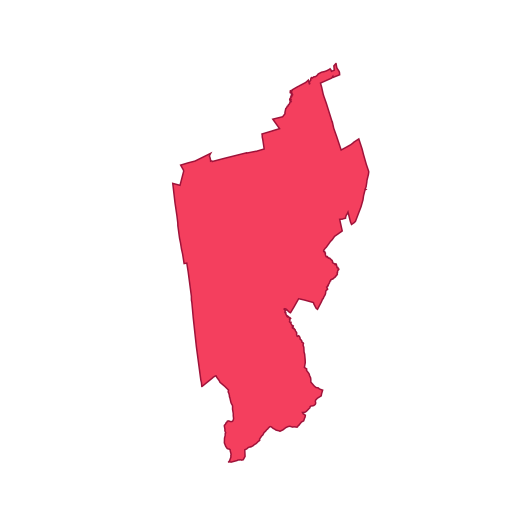 the district of Brusturi, Neamt, Romania, rotated 285°
{"feature_id": "2599482B56191304093915", "entity_name": "Brusturi", "entity_type": "district", "adm_level": 2, "iso_a3": "ROU", "parent_name": "Romania", "parent_adm1": "Neamt", "projection": "natural_earth1", "projection_center": [26.327, 47.289], "detail": "fine", "context": "isolated", "style": "filled", "palette": "rose", "viewbox_px": 512, "rotation_deg": 285, "n_neighbors": 0, "source": "geoboundaries", "source_scale": "gbopen_adm2", "svg_char_len": 6068}
<svg xmlns="http://www.w3.org/2000/svg" viewBox="0 0 512 512"><g transform="rotate(285 256 256)"><path d="M324.3,159.7L320.2,163.7L319.2,164.2L304.6,164.3L304.6,156.8L286.4,164.0L274.4,169.2L267.7,171.9L265.0,172.7L253.5,177.5L248.9,179.8L243.5,182.2L238.9,184.6L230.1,188.5L231.2,191.0L223.1,194.6L200.4,204.0L196.5,205.1L194.7,206.0L180.0,211.4L152.9,221.9L121.9,234.8L119.7,236.0L116.0,237.4L116.1,237.7L116.4,237.9L127.0,245.6L127.8,246.0L129.6,247.8L129.9,248.4L128.5,249.7L126.2,252.6L124.6,254.0L122.0,259.6L119.4,264.1L117.5,264.3L116.1,265.5L114.1,266.5L113.1,266.8L112.4,267.4L108.2,269.6L107.1,270.4L105.7,271.8L105.0,272.2L101.9,273.0L98.0,274.8L95.7,275.4L93.3,276.4L91.6,276.5L90.3,276.1L90.0,275.8L89.5,274.6L89.5,273.2L89.7,272.5L89.1,271.1L87.4,270.7L87.0,270.2L85.3,270.0L84.6,269.4L83.8,269.3L80.7,270.8L79.1,271.2L77.3,272.5L76.5,272.2L74.7,272.7L72.0,272.7L67.3,273.8L64.3,276.0L62.6,278.0L62.4,279.2L62.6,280.0L62.3,281.1L61.2,281.5L58.0,283.3L57.0,283.3L55.2,283.8L52.9,283.6L51.4,283.5L49.4,282.6L50.0,283.0L50.3,283.6L50.5,285.4L53.5,290.6L54.3,291.4L54.7,292.8L55.1,293.3L55.1,294.9L55.9,296.4L59.6,297.3L65.9,295.3L67.3,297.0L69.0,298.1L70.4,300.1L70.2,300.4L72.1,302.4L73.3,303.1L74.9,304.7L77.7,306.3L78.4,307.0L79.1,307.3L79.5,307.0L80.2,306.8L82.2,307.6L83.2,307.8L84.9,308.9L87.6,309.5L89.2,310.6L90.8,311.2L92.0,312.1L92.7,312.3L94.6,313.4L95.0,314.3L94.9,315.1L93.9,317.2L93.9,317.6L93.7,318.1L93.6,318.8L93.0,320.4L93.1,323.7L92.9,324.5L95.1,327.1L98.1,329.3L98.5,330.0L99.2,330.6L100.2,332.4L100.3,333.3L100.2,335.5L100.9,337.1L101.3,340.0L101.7,340.3L103.5,340.9L103.8,341.4L104.8,341.7L107.4,342.9L109.1,344.7L112.3,344.9L113.0,345.1L115.0,344.9L115.8,342.4L116.9,341.4L117.6,343.6L118.9,344.8L123.5,347.4L124.3,347.2L125.0,347.6L125.5,348.3L125.9,349.5L126.5,350.5L127.8,351.5L128.4,351.7L129.5,351.7L130.8,351.0L132.3,350.9L134.6,352.2L137.8,355.2L140.0,355.0L143.7,355.1L143.9,352.2L144.2,351.1L144.7,350.5L144.5,347.9L145.6,345.7L148.4,341.6L151.2,340.8L152.6,340.2L154.4,338.6L155.3,338.2L156.1,337.6L158.6,334.4L160.0,334.2L160.9,331.6L165.7,331.2L168.3,330.4L173.8,328.4L175.6,327.3L180.2,325.8L181.8,324.7L182.9,324.4L183.8,324.5L184.2,324.2L184.8,322.5L185.5,322.4L186.1,321.9L186.5,321.5L187.0,320.3L188.7,319.5L189.7,318.5L190.0,317.7L189.1,317.0L189.2,316.4L191.0,315.4L191.7,315.4L192.5,315.1L194.0,313.3L195.0,312.8L195.3,311.7L195.8,311.6L195.8,311.1L196.4,310.4L196.3,310.1L195.9,309.9L196.0,309.7L197.4,309.4L197.6,310.1L198.1,310.1L198.2,309.6L198.0,309.1L198.6,308.6L198.8,308.2L200.1,306.9L200.8,307.1L201.1,306.9L200.8,306.0L201.1,305.4L201.8,305.3L202.7,305.4L203.5,305.0L204.7,305.6L204.9,305.3L204.2,304.6L205.3,304.3L205.4,303.2L205.8,303.0L206.0,302.7L205.9,302.4L205.5,302.1L206.2,301.7L205.9,301.4L207.7,299.8L208.8,299.6L208.8,298.7L209.1,298.5L209.9,298.4L210.7,298.8L210.8,298.3L211.5,297.8L212.0,296.9L212.5,297.3L212.6,297.8L212.4,299.2L210.8,301.8L210.1,303.5L210.1,304.0L216.3,305.8L225.2,308.1L225.8,308.3L225.8,308.6L226.0,313.9L225.9,323.4L225.8,323.6L224.5,324.4L221.6,327.1L221.0,327.7L220.4,329.2L228.5,331.0L231.1,331.4L231.4,331.3L232.1,331.9L234.4,332.2L235.9,332.7L237.6,332.9L240.2,332.5L241.9,333.2L242.0,333.6L242.5,333.8L242.8,333.6L243.3,333.0L244.2,332.3L244.8,332.9L245.4,332.9L245.6,333.2L246.2,333.0L246.3,333.4L246.6,333.4L248.0,333.5L249.0,333.9L250.8,333.9L251.3,334.5L252.4,334.4L253.7,335.9L253.6,336.1L254.2,336.6L255.2,337.1L255.8,337.7L256.0,337.7L256.1,337.9L257.4,338.5L257.9,338.5L258.4,339.0L259.6,339.3L260.7,338.7L261.4,339.0L262.4,338.7L263.2,338.8L264.0,339.3L264.5,339.5L264.9,339.3L264.9,338.6L265.6,338.4L266.1,338.0L265.9,337.3L266.3,337.3L266.6,336.9L268.8,335.7L269.1,335.3L269.1,335.1L268.7,334.9L268.2,335.2L268.1,334.7L268.8,334.0L269.2,332.3L269.5,331.6L270.3,331.5L271.5,330.6L271.6,329.9L272.1,329.4L272.3,328.6L272.8,328.2L273.0,327.2L272.7,326.8L273.1,326.2L273.1,325.4L273.8,325.2L273.7,324.9L273.9,324.7L273.5,324.0L274.4,323.2L276.0,322.3L276.4,322.4L276.9,322.2L277.0,321.7L278.0,321.2L277.7,320.5L277.8,320.2L278.4,320.2L278.9,319.9L279.3,320.0L281.5,320.9L282.6,321.6L289.2,324.1L291.5,325.4L295.3,326.8L302.5,332.8L313.1,327.3L314.0,330.0L314.7,330.8L315.1,331.7L315.7,332.7L316.6,332.5L318.7,332.6L320.0,333.1L322.2,333.5L313.4,338.4L311.2,340.1L313.5,342.1L315.2,343.1L330.8,344.7L337.9,344.8L341.9,344.3L347.6,344.2L348.2,344.3L348.7,344.9L348.9,344.1L351.4,344.4L356.1,343.9L357.7,343.6L363.7,343.5L366.1,343.2L366.8,343.0L373.1,338.8L381.6,333.7L386.8,330.8L395.7,325.0L391.0,320.8L390.8,320.8L388.1,318.8L380.4,310.8L392.1,303.1L399.5,298.0L405.3,295.0L405.3,294.8L421.7,284.4L427.8,280.2L429.9,278.9L436.1,275.7L439.7,273.5L447.5,283.1L449.5,283.8L448.6,284.4L452.7,289.9L454.7,289.2L455.4,288.8L456.1,288.2L458.4,285.6L459.6,284.9L462.6,283.5L462.6,283.4L462.3,283.2L459.8,282.0L455.7,283.5L453.9,281.1L455.3,280.1L456.0,279.1L455.6,278.9L453.2,276.3L451.9,274.4L450.4,271.6L448.0,269.0L446.3,268.3L444.7,267.1L443.9,265.3L442.6,264.5L442.5,264.1L442.8,263.6L442.4,263.2L440.9,263.0L440.1,263.4L437.9,262.4L436.4,263.3L436.1,263.0L439.4,261.0L437.3,259.7L436.1,258.7L430.3,252.4L425.8,247.9L425.2,248.1L424.4,247.8L424.3,247.5L424.7,246.8L424.4,246.4L422.9,246.7L423.3,247.4L422.6,247.6L422.9,248.0L422.7,248.3L422.7,248.6L422.4,248.7L421.9,248.6L421.6,249.3L420.5,248.4L420.2,248.5L420.1,249.0L419.8,248.6L419.4,248.5L419.5,249.0L419.4,249.2L418.8,249.2L417.9,248.4L416.9,248.8L416.9,248.7L417.0,248.3L416.8,248.1L416.0,248.0L415.2,248.4L415.2,248.5L415.9,249.0L415.8,249.5L414.6,249.0L414.2,249.3L414.1,249.9L413.9,249.8L413.7,249.0L412.3,249.0L411.0,248.7L410.5,248.2L409.2,248.1L408.8,247.5L406.9,247.1L406.1,246.6L402.1,246.8L401.0,247.2L397.4,245.7L392.5,236.8L385.1,245.8L375.4,230.2L373.8,230.9L372.6,231.2L370.0,232.5L361.5,236.2L357.6,229.8L357.2,229.5L357.1,228.7L352.9,220.2L353.2,220.1L342.5,200.8L336.0,189.4L336.3,189.2L336.3,188.1L335.9,187.6L337.1,187.2L339.3,186.0L339.8,185.7L340.2,185.2L341.8,185.2L343.4,185.6L331.9,172.5L328.4,166.3L324.3,159.7Z" fill="#f43f5e" stroke="#9f1239" stroke-width="1.5"/></g></svg>